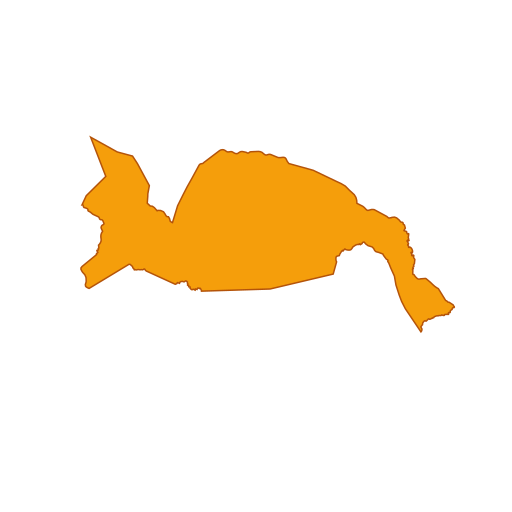 outline of San Marcos, Ocotepeque, Honduras, rotated 206°
{"feature_id": "27666195B1401458590490", "entity_name": "San Marcos", "entity_type": "district", "adm_level": 2, "iso_a3": "HND", "parent_name": "Honduras", "parent_adm1": "Ocotepeque", "projection": "orthographic", "projection_center": [-88.963, 14.406], "detail": "fine", "context": "isolated", "style": "filled", "palette": "amber", "viewbox_px": 512, "rotation_deg": 206, "n_neighbors": 0, "source": "geoboundaries", "source_scale": "gbopen_adm2", "svg_char_len": 6056}
<svg xmlns="http://www.w3.org/2000/svg" viewBox="0 0 512 512"><g transform="rotate(206 256 256)"><path d="M456.7,290.3L425.9,261.7L435.0,235.8L434.8,225.7L434.4,226.0L433.9,226.0L432.6,224.6L431.9,224.2L429.2,224.6L428.0,224.5L427.4,224.1L426.9,223.1L426.4,222.9L424.1,222.8L421.7,222.2L420.7,222.0L414.7,222.1L413.9,221.8L412.9,220.8L412.1,220.5L411.4,220.6L410.5,221.0L409.8,220.9L409.3,220.7L406.9,218.6L406.8,218.1L406.8,217.7L407.9,215.9L408.0,215.1L407.9,214.3L407.7,213.6L407.2,213.0L405.5,211.6L405.0,211.3L404.7,210.9L404.9,208.8L404.6,206.9L403.8,205.1L402.2,202.6L401.7,201.0L401.7,199.1L402.0,197.5L402.3,196.7L400.8,194.4L400.8,194.0L401.1,193.7L401.1,193.4L400.6,192.9L400.3,192.5L400.5,192.1L401.2,191.7L401.4,191.4L401.4,191.1L401.0,190.7L399.8,190.1L399.7,189.9L399.9,189.2L400.4,188.4L400.3,187.7L399.9,187.4L407.7,170.4L408.1,168.6L407.5,167.3L406.2,166.3L404.8,165.4L401.6,164.1L400.3,163.0L399.3,162.1L398.0,159.7L397.3,158.2L396.9,155.6L396.0,154.2L395.2,153.8L393.6,153.6L391.8,153.7L366.5,192.9L365.2,193.3L364.6,193.1L364.1,192.8L363.2,192.7L362.2,192.2L361.7,191.6L361.3,191.3L359.6,190.7L359.5,190.3L359.3,190.2L358.9,190.4L358.4,190.8L357.5,191.0L356.0,192.2L354.1,192.8L353.2,193.5L352.2,193.7L351.5,194.3L351.0,195.1L350.5,195.4L350.0,195.3L349.0,194.6L347.9,194.4L316.2,195.2L315.1,196.4L315.0,196.8L315.1,197.4L314.9,197.7L312.8,197.9L313.0,198.8L312.4,200.0L310.9,201.0L310.1,201.0L309.2,201.3L308.4,202.7L308.1,202.9L307.7,202.9L306.8,202.8L306.2,202.5L305.9,201.6L305.1,201.2L305.0,200.4L304.7,199.8L304.1,200.0L303.6,200.0L303.1,198.9L302.7,198.8L302.1,199.1L301.5,199.2L301.3,198.7L301.2,198.2L299.7,197.6L298.7,197.6L298.5,197.8L298.1,198.4L297.5,198.7L295.7,198.6L295.7,199.3L296.0,199.8L295.8,199.9L294.3,200.1L294.4,200.6L294.4,201.2L294.3,201.6L294.0,201.8L293.3,202.0L292.6,201.9L292.4,202.4L291.8,202.5L289.9,201.1L289.6,200.5L228.9,232.5L178.7,273.6L181.0,286.1L182.0,286.9L182.8,288.2L183.5,289.7L183.5,290.7L183.0,291.5L181.3,292.9L181.5,294.3L181.3,296.5L181.0,298.2L180.8,298.7L180.5,299.1L180.3,299.0L180.1,298.6L179.9,298.7L179.4,301.1L179.1,301.3L178.1,301.1L176.4,301.5L174.9,302.1L174.0,302.7L173.5,303.3L173.2,304.2L173.0,305.3L172.9,306.6L171.3,309.4L170.1,310.7L168.8,311.3L168.6,311.6L168.5,312.2L168.2,312.4L167.8,312.4L167.5,311.9L167.2,311.9L166.1,313.7L166.2,314.5L166.0,315.1L165.6,315.5L165.1,315.8L164.9,315.9L162.5,314.9L159.8,314.4L156.1,315.0L155.4,315.0L153.5,314.3L151.8,313.0L150.3,312.5L149.3,312.6L147.4,313.0L142.9,313.4L141.6,312.4L137.7,310.4L137.1,310.2L136.2,310.3L135.7,310.1L135.4,309.8L135.3,309.1L135.0,308.7L133.6,307.9L129.9,304.5L122.8,298.6L117.5,291.3L110.3,283.8L105.2,279.0L98.7,274.1L74.5,260.1L74.3,261.0L74.4,262.0L74.8,263.1L76.7,264.5L76.7,265.2L76.4,266.8L76.2,267.2L76.8,268.9L76.8,269.2L76.5,270.6L76.1,271.6L75.7,272.0L75.0,271.9L74.6,272.0L74.2,272.8L73.7,274.3L73.4,275.1L73.0,275.3L72.3,275.2L71.5,275.8L71.2,276.2L70.9,276.9L70.3,277.2L70.1,277.9L69.3,278.3L69.2,278.6L69.2,279.3L69.0,279.7L67.3,281.5L66.8,281.8L66.2,281.9L65.5,282.7L63.8,283.5L63.5,283.8L63.4,284.2L63.2,284.5L61.9,284.6L61.0,284.9L60.7,285.3L60.9,285.8L60.8,286.1L59.3,287.0L57.4,287.9L57.4,288.3L58.0,288.8L58.1,289.4L57.8,289.8L57.0,290.0L56.8,290.3L56.8,290.8L57.2,291.4L57.3,291.8L57.0,292.9L56.3,293.9L56.6,294.8L56.6,295.3L56.3,295.8L55.5,296.3L55.3,296.9L55.6,297.4L56.3,297.6L56.8,298.1L57.4,298.5L61.3,299.0L62.1,299.1L63.2,298.7L64.7,299.2L66.1,299.2L77.8,306.6L79.7,306.7L82.1,307.1L84.9,307.9L87.6,308.8L93.3,310.2L93.9,310.1L98.0,307.7L99.3,306.7L100.1,306.4L101.4,306.5L102.9,307.0L104.0,307.4L105.6,308.4L106.1,308.5L106.7,308.3L107.0,308.4L107.6,309.3L108.6,311.6L109.5,312.6L109.5,312.9L109.1,313.2L109.0,313.5L109.2,313.8L109.8,314.1L109.9,314.4L110.0,314.8L109.6,315.4L109.6,315.9L109.8,316.3L110.5,317.0L110.5,317.5L110.3,318.2L110.3,318.6L111.7,322.5L112.1,322.8L113.1,323.3L113.7,323.8L114.0,324.4L114.2,325.3L114.5,325.7L114.8,325.8L115.1,325.7L115.3,325.5L115.5,324.8L115.8,324.7L116.1,324.7L116.5,325.0L116.7,325.8L116.9,326.2L118.1,326.8L118.2,327.1L118.1,327.4L117.9,327.4L117.4,327.3L117.1,327.5L117.0,328.2L117.6,329.3L118.9,330.6L120.2,331.3L121.2,331.5L121.7,331.4L122.1,330.8L122.5,330.7L122.8,330.9L123.0,331.5L123.3,331.8L124.4,332.3L124.6,332.7L124.2,333.4L124.3,333.9L124.6,334.2L125.4,334.6L125.8,335.4L126.0,335.5L126.5,335.4L126.8,335.7L126.9,336.2L126.6,336.7L126.2,336.9L125.5,336.7L125.3,336.9L125.3,337.2L125.5,337.4L126.1,337.4L126.4,337.6L126.4,338.4L127.3,339.4L127.9,341.4L128.4,342.8L128.8,342.9L129.2,342.4L129.7,342.3L130.8,343.1L131.3,343.9L131.6,344.0L132.9,343.8L134.1,343.7L134.2,345.0L134.0,346.3L134.0,346.5L136.1,348.9L136.4,349.0L137.0,349.0L137.5,349.1L137.8,349.4L138.2,350.1L138.7,350.4L139.2,350.5L140.3,350.1L141.0,350.1L143.1,351.1L146.3,351.9L148.5,351.7L150.8,350.3L151.3,349.6L152.0,349.3L152.6,348.7L153.6,348.3L155.8,348.9L170.0,349.5L171.3,349.1L172.6,348.4L175.4,346.0L176.8,345.9L180.0,347.1L181.9,347.5L188.4,347.6L189.9,350.2L191.9,352.5L194.6,354.2L200.7,356.0L206.4,358.0L211.4,358.4L216.0,358.3L242.2,358.1L267.0,353.5L269.3,354.7L271.9,356.7L272.8,357.0L273.7,357.0L274.9,356.6L277.6,354.9L279.2,354.2L280.4,354.1L286.9,353.7L288.1,353.5L289.3,352.8L290.8,351.4L291.6,351.0L292.8,351.0L296.2,351.8L298.1,351.6L299.6,351.1L306.4,347.4L307.1,346.8L307.8,345.4L308.4,345.0L308.9,344.8L310.0,344.9L311.0,344.7L313.9,344.0L314.9,343.5L315.6,343.0L316.1,342.4L317.4,340.2L317.9,339.7L318.7,339.3L320.0,339.0L322.9,339.2L323.6,339.1L324.4,338.8L326.0,337.7L327.1,337.1L328.1,337.0L330.1,337.3L331.6,337.3L332.9,336.8L334.1,335.9L335.0,334.7L343.8,317.3L344.1,316.4L344.6,315.7L345.7,314.9L346.4,314.3L346.8,313.5L347.0,312.7L347.6,298.5L348.2,288.1L348.4,278.4L348.5,266.8L345.7,249.4L346.7,249.3L348.4,249.7L350.1,251.7L351.9,252.9L353.2,252.4L354.5,252.7L356.0,253.8L358.5,255.2L361.6,255.1L364.2,254.0L364.7,253.3L368.5,254.9L370.9,255.3L373.0,254.6L376.9,255.8L379.4,262.1L380.5,264.5L382.7,272.5L403.1,287.1L410.8,291.7L426.3,288.7L456.7,290.3Z" fill="#f59e0b" stroke="#b45309" stroke-width="1.5"/></g></svg>